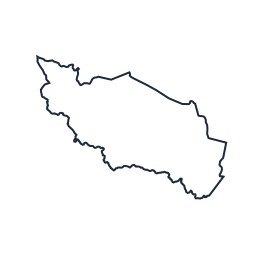 the district of Xochiapulco, Puebla, Mexico, rotated 282°
{"feature_id": "50627088B83571733703728", "entity_name": "Xochiapulco", "entity_type": "district", "adm_level": 2, "iso_a3": "MEX", "parent_name": "Mexico", "parent_adm1": "Puebla", "projection": "mercator", "projection_center": [-97.658, 19.853], "detail": "fine", "context": "isolated", "style": "outline", "palette": "slate", "viewbox_px": 256, "rotation_deg": 282, "n_neighbors": 0, "source": "geoboundaries", "source_scale": "gbopen_adm2", "svg_char_len": 5613}
<svg xmlns="http://www.w3.org/2000/svg" viewBox="0 0 256 256"><g transform="rotate(282 128 128)"><path d="M76.8,199.8L77.7,201.3L78.3,201.9L78.5,202.1L79.3,202.2L79.8,202.4L79.8,202.7L79.4,203.4L79.1,203.6L78.0,204.1L77.0,205.0L76.7,205.9L77.1,207.6L76.7,207.9L76.1,208.1L74.5,208.0L73.7,208.4L73.3,209.0L73.4,209.6L73.9,210.7L74.0,213.3L74.7,214.1L75.2,215.3L75.7,215.6L77.0,215.9L77.5,216.3L77.5,216.5L77.4,217.0L76.4,217.6L76.4,217.8L76.5,218.5L76.8,218.7L76.9,219.0L77.3,219.0L77.9,219.8L78.2,219.8L78.8,221.5L100.3,231.5L100.3,230.0L99.9,228.5L100.1,227.8L101.1,227.4L102.8,227.8L103.5,228.1L104.8,228.4L107.3,228.4L108.4,228.1L109.4,227.4L110.1,226.0L110.8,225.2L114.4,225.0L118.7,227.3L134.1,227.1L134.2,225.1L134.9,208.9L138.6,206.7L144.0,205.8L147.3,204.8L149.0,203.6L149.9,202.8L151.6,202.6L152.9,201.9L154.2,200.9L155.0,199.3L155.0,197.6L154.7,196.1L154.7,195.4L154.8,194.3L165.8,188.6L166.1,187.2L166.8,186.6L167.4,185.6L167.5,184.3L167.4,183.8L167.1,183.4L166.7,183.3L165.4,183.5L164.1,182.6L163.8,181.8L163.8,181.4L162.8,176.0L165.5,161.9L171.0,147.4L173.9,137.8L177.8,122.8L178.7,120.2L179.5,118.9L180.6,118.8L182.0,118.4L182.7,117.8L171.8,101.5L172.0,88.3L171.1,87.0L170.7,86.0L170.4,84.9L169.2,83.5L168.2,82.9L164.5,81.9L163.4,81.4L163.2,80.2L163.3,78.5L162.7,75.8L160.2,73.2L160.2,72.4L162.1,70.4L163.4,69.5L163.7,68.4L164.8,67.7L166.6,67.6L169.8,67.9L171.2,67.8L172.0,67.5L172.5,67.1L173.5,67.0L173.8,66.7L174.9,67.0L175.6,67.6L176.2,66.8L175.9,66.2L173.8,65.1L173.3,64.5L173.1,63.6L173.4,63.0L174.2,62.7L174.6,62.4L175.1,61.5L175.8,61.3L177.1,61.3L177.9,61.4L178.4,61.0L178.5,60.5L178.4,60.0L177.2,57.7L176.6,57.1L175.9,57.0L175.3,56.5L175.0,55.5L174.9,54.8L175.0,54.2L175.3,52.8L175.3,52.2L175.2,51.5L174.5,50.7L174.3,50.0L175.3,48.0L176.2,47.1L176.8,46.8L177.2,45.6L177.6,41.9L178.4,39.9L176.7,35.7L176.7,32.7L177.7,31.3L178.2,27.9L178.2,27.1L178.4,26.1L179.0,24.5L175.8,25.5L175.3,25.4L174.3,25.6L173.1,26.5L170.6,28.6L166.8,32.7L164.9,34.1L163.6,34.9L163.1,35.7L162.6,36.7L162.2,37.0L158.8,37.9L158.1,38.5L156.7,40.7L155.7,41.7L153.5,37.9L152.4,37.1L149.2,35.5L147.8,35.2L147.5,34.8L145.4,35.4L142.9,36.6L142.1,36.8L141.4,37.2L140.6,38.0L140.4,39.8L139.8,40.6L139.3,42.8L138.8,43.6L137.6,43.7L137.1,44.0L136.1,44.0L136.1,43.6L135.9,43.7L135.0,44.1L133.9,44.8L133.3,44.7L133.1,45.0L131.9,44.6L131.3,44.7L131.1,44.8L130.9,44.7L130.6,44.7L130.1,45.0L129.9,45.2L129.7,45.4L129.4,45.3L129.2,45.6L128.8,46.5L128.3,47.5L128.1,48.0L126.8,49.4L126.4,50.4L126.3,51.2L126.6,52.5L126.9,52.7L127.0,53.0L126.6,55.9L126.2,56.7L126.6,57.3L127.0,57.6L128.4,58.2L128.8,59.1L129.0,60.0L128.9,60.3L128.9,61.1L128.7,61.5L128.4,61.4L127.6,61.8L127.2,62.4L127.1,62.8L127.1,64.2L127.0,65.7L126.8,66.4L126.3,66.9L126.0,67.8L125.8,68.0L125.3,68.1L124.2,68.0L123.9,68.1L123.4,68.0L121.5,68.2L120.0,68.1L119.9,68.3L119.4,68.1L119.2,68.4L118.6,68.8L118.5,69.0L117.4,69.7L114.8,74.1L113.8,75.3L113.3,75.6L111.8,77.0L110.7,78.9L110.2,79.0L109.1,78.5L108.5,78.4L107.3,78.9L106.5,78.6L105.5,78.0L105.1,78.0L104.8,77.9L104.1,78.0L103.5,78.4L103.5,79.3L103.8,79.7L104.7,80.2L105.9,80.2L106.2,80.5L106.4,80.9L106.4,81.2L106.1,81.7L105.5,82.1L105.4,82.5L105.2,82.5L104.8,82.9L104.5,83.6L104.1,83.8L103.9,84.3L103.7,84.3L103.5,84.7L103.1,84.8L102.7,85.5L102.6,86.2L102.4,86.4L102.2,87.2L102.6,87.7L102.7,88.2L103.7,88.3L104.2,88.6L104.5,88.9L104.8,89.5L104.8,90.4L104.1,91.5L103.3,92.4L103.2,93.0L102.8,93.5L102.6,95.3L103.0,96.5L103.1,97.0L103.0,97.5L102.8,97.9L102.0,98.9L101.8,99.3L101.8,100.1L101.9,100.5L103.3,102.1L103.7,103.2L103.7,103.6L103.6,104.2L102.8,105.4L103.0,106.0L103.1,106.6L103.4,107.1L103.1,108.3L102.6,108.7L102.0,108.7L101.5,108.4L100.2,107.3L99.7,107.2L99.0,107.4L97.7,108.2L97.0,108.9L96.1,109.1L96.1,110.2L95.7,111.1L93.8,111.2L93.2,111.4L92.9,111.3L92.2,110.8L91.7,110.7L90.9,111.2L90.8,111.7L90.4,111.8L90.0,112.1L89.9,112.4L89.7,112.4L89.5,112.6L89.3,113.1L89.5,113.6L90.1,114.3L90.3,114.6L90.1,115.4L89.9,115.6L89.8,115.9L89.4,115.9L89.1,116.3L88.5,116.5L87.9,117.1L87.2,117.5L85.8,119.3L85.2,119.5L85.1,120.0L84.9,120.6L84.3,121.3L84.3,121.6L83.6,122.7L83.7,123.2L84.0,123.3L84.2,123.6L86.0,124.5L86.3,125.2L86.5,125.8L87.2,126.4L87.4,126.7L87.8,129.6L88.1,130.4L88.5,130.9L89.8,131.7L90.2,132.5L90.4,134.1L90.3,136.0L90.1,137.1L89.7,137.8L89.9,138.3L90.1,138.4L91.3,139.3L91.8,139.5L92.1,139.8L92.9,140.8L93.1,141.5L92.9,142.2L92.2,143.3L92.3,143.6L92.0,143.8L92.1,144.7L92.4,145.5L92.5,146.9L92.3,148.1L91.9,148.9L92.2,149.6L92.2,150.0L92.1,150.4L91.5,151.1L90.9,152.4L90.8,153.4L91.1,155.3L90.9,155.9L90.8,156.8L90.4,158.2L90.7,158.7L90.8,159.2L91.0,159.5L91.7,160.2L91.7,160.6L91.9,160.9L91.9,161.3L91.7,162.2L91.6,162.4L91.3,162.8L91.2,162.8L91.1,163.2L90.7,163.8L90.2,163.9L90.2,164.2L89.9,164.5L89.6,165.2L89.6,165.5L89.9,166.2L90.3,166.7L90.4,167.1L90.8,167.8L90.8,168.7L91.3,169.8L91.6,169.9L92.0,171.5L92.2,172.2L92.5,172.4L92.7,173.2L92.4,174.1L92.4,175.1L92.5,175.3L92.3,175.7L92.4,175.9L92.3,176.1L92.3,176.5L92.1,176.6L91.9,177.3L90.9,178.1L89.3,177.9L88.9,177.6L88.3,177.8L88.0,178.0L87.8,178.5L87.9,179.2L87.0,180.0L86.7,180.8L86.6,180.7L86.5,181.1L85.6,181.6L85.5,181.9L84.7,182.6L84.5,183.1L84.4,183.1L84.4,183.5L84.2,183.9L85.4,185.4L85.6,186.2L85.7,186.7L85.9,187.1L87.1,188.5L88.4,189.1L89.3,189.8L89.6,190.4L89.6,190.8L89.4,191.0L89.1,191.2L88.6,191.3L87.2,190.9L86.7,190.9L86.4,191.3L85.9,191.4L85.9,191.6L85.4,191.7L84.9,192.2L84.9,192.4L84.3,193.6L83.8,194.0L83.8,194.3L83.1,195.0L83.0,195.3L82.4,195.4L81.1,195.9L81.0,196.1L80.8,196.1L80.0,196.6L79.8,196.9L79.6,197.0L79.4,197.3L78.7,197.8L77.8,198.0L76.8,199.8Z" fill="none" stroke="#1e293b" stroke-width="2"/></g></svg>